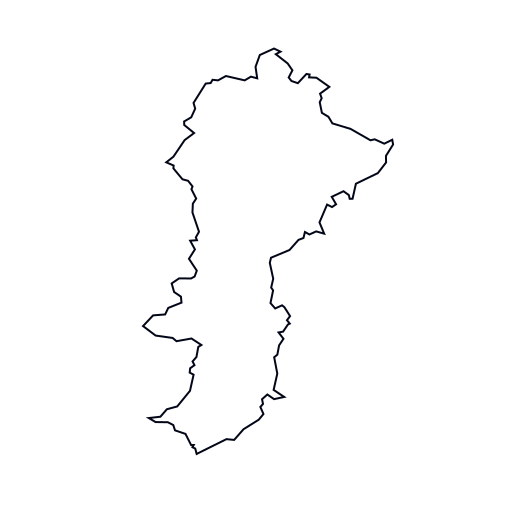 Kratovo, Rankovce, North Macedonia (Mercator projection), rotated 103°
{"feature_id": "65306769B16547433729319", "entity_name": "Kratovo", "entity_type": "district", "adm_level": 2, "iso_a3": "MKD", "parent_name": "North Macedonia", "parent_adm1": "Rankovce", "projection": "mercator", "projection_center": [22.15, 42.098], "detail": "fine", "context": "isolated", "style": "outline", "palette": "ink", "viewbox_px": 512, "rotation_deg": 103, "n_neighbors": 0, "source": "geoboundaries", "source_scale": "gbopen_adm2", "svg_char_len": 1952}
<svg xmlns="http://www.w3.org/2000/svg" viewBox="0 0 512 512"><g transform="rotate(103 256 256)"><path d="M144.5,355.4L150.1,344.0L159.1,351.6L177.8,358.8L184.9,364.5L186.4,356.6L189.2,356.2L197.8,344.9L198.0,339.1L202.5,333.5L205.5,333.9L213.5,327.2L219.2,329.3L227.9,327.7L245.2,317.0L251.4,318.8L253.9,317.1L255.9,323.6L263.3,317.0L273.8,320.7L283.6,310.4L289.8,311.2L292.5,314.2L295.1,325.9L301.7,332.0L309.5,327.7L312.5,320.0L318.2,318.1L326.3,329.8L333.4,331.4L337.0,342.9L349.7,350.3L356.1,335.9L354.6,318.8L356.9,314.3L350.9,300.3L355.0,289.2L357.6,291.8L367.8,291.3L373.0,294.1L376.2,291.4L380.2,294.9L384.5,294.4L385.7,290.1L402.2,290.0L420.3,298.9L425.4,308.4L434.1,313.0L438.0,324.0L440.4,316.5L437.8,304.5L439.3,298.6L444.1,295.7L445.2,284.7L454.8,276.7L454.2,274.2L456.6,274.9L457.3,271.9L462.2,269.3L441.1,243.6L440.1,235.9L427.6,229.2L414.9,216.5L408.3,213.2L402.1,217.8L398.6,215.9L394.2,217.9L388.4,213.8L391.4,206.2L387.0,196.8L382.5,208.7L365.8,208.8L350.6,215.5L347.3,213.0L337.9,213.4L330.5,210.6L325.4,216.8L323.6,212.6L315.6,209.5L314.3,207.9L311.6,211.4L306.9,209.3L299.5,216.8L298.2,219.5L302.8,225.5L298.6,231.3L285.7,231.6L283.4,234.1L274.3,234.1L259.6,241.0L254.3,241.0L242.6,224.7L230.7,218.2L227.8,213.8L221.6,213.7L223.0,208.8L218.5,202.9L218.9,194.6L209.0,201.7L189.9,198.3L191.2,192.9L187.6,189.6L181.3,195.5L173.2,185.3L175.8,179.2L179.2,177.6L178.5,174.8L163.1,174.9L147.8,155.9L135.6,150.3L129.2,151.9L116.5,147.5L112.1,149.4L117.7,156.3L115.6,166.6L117.5,170.5L110.9,192.4L109.6,211.4L104.1,216.7L101.7,224.0L91.8,228.5L87.5,227.5L83.4,230.1L74.7,222.6L68.7,237.2L70.0,244.5L67.1,244.6L67.3,247.8L78.2,254.1L77.5,260.8L74.7,264.3L66.9,262.3L61.3,268.4L54.9,282.1L51.4,278.1L49.8,285.1L59.3,297.5L71.8,299.0L82.6,294.8L82.4,301.3L87.4,306.5L87.4,325.8L93.4,332.5L94.1,338.0L97.7,339.1L99.3,343.8L120.9,351.3L126.1,348.4L135.4,350.3L141.1,356.3L144.5,355.4Z" fill="none" stroke="#020617" stroke-width="2"/></g></svg>